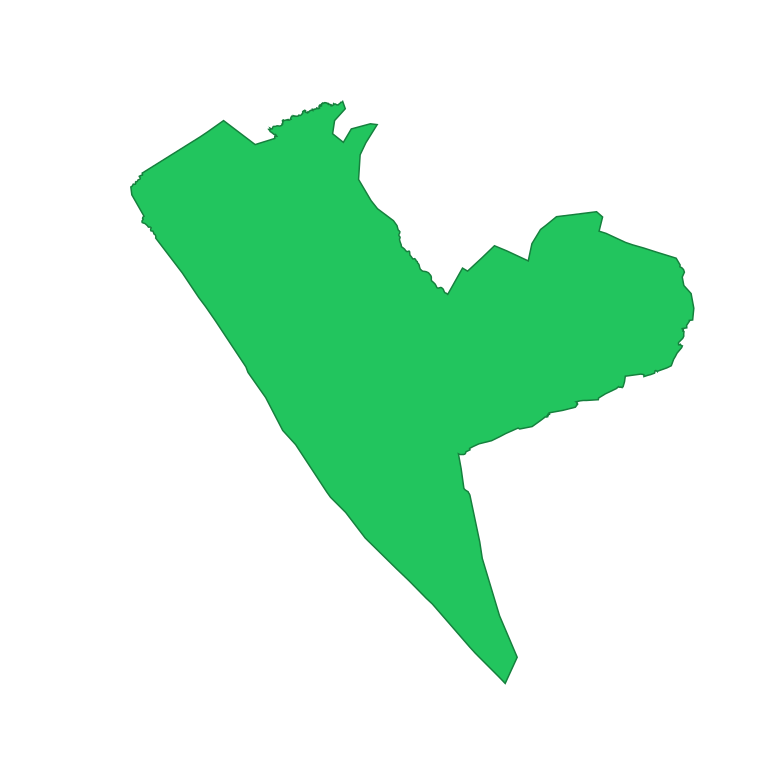 Quirino, Quirino, Philippines (Natural Earth projection), rotated 102°
{"feature_id": "2640588B94420346402626", "entity_name": "Quirino", "entity_type": "district", "adm_level": 2, "iso_a3": "PHL", "parent_name": "Philippines", "parent_adm1": "Quirino", "projection": "natural_earth1", "projection_center": [121.392, 16.285], "detail": "fine", "context": "isolated", "style": "filled", "palette": "green", "viewbox_px": 768, "rotation_deg": 102, "n_neighbors": 0, "source": "geoboundaries", "source_scale": "gbopen_adm2", "svg_char_len": 6118}
<svg xmlns="http://www.w3.org/2000/svg" viewBox="0 0 768 768"><g transform="rotate(102 384 384)"><path d="M651.7,203.2L623.6,196.9L586.7,222.8L534.2,251.6L518.6,257.5L474.8,276.9L473.5,277.9L472.7,278.8L471.9,279.3L470.8,282.4L469.6,284.1L450.9,290.9L436.8,296.7L437.0,296.0L437.1,294.6L436.4,291.4L435.7,290.3L434.5,289.8L433.6,289.8L433.2,289.6L430.5,286.2L429.2,286.9L426.7,283.9L422.8,278.7L417.1,267.0L410.8,259.0L407.2,254.7L399.2,243.7L399.8,241.9L394.8,230.2L386.3,222.5L382.7,219.5L382.5,218.1L382.0,217.2L381.1,217.8L380.9,217.4L380.9,217.2L380.6,217.3L380.3,217.0L380.1,217.0L380.1,217.4L379.7,217.3L379.9,216.8L379.7,216.8L379.4,216.4L379.2,216.5L379.2,215.8L378.3,215.9L377.8,216.3L372.7,203.8L366.9,192.0L363.4,190.4L363.1,190.8L363.1,191.1L362.7,191.0L362.6,191.3L362.0,191.3L361.7,191.6L361.5,192.3L359.7,188.7L358.7,185.8L357.9,182.2L354.8,171.1L353.1,171.2L347.6,165.4L340.1,155.7L337.8,154.0L338.2,153.4L338.1,152.4L337.7,151.8L337.9,151.4L337.8,150.8L338.0,150.4L337.5,150.2L337.0,149.6L331.9,149.2L326.2,149.6L320.9,134.8L320.8,131.8L322.7,131.3L320.5,127.5L319.4,125.2L317.1,121.6L314.7,121.6L314.3,121.0L314.3,120.8L314.6,120.7L314.8,119.4L315.1,119.1L314.5,118.9L309.4,110.6L306.4,106.8L299.5,105.8L296.7,104.8L293.0,103.8L286.5,100.4L284.7,100.1L284.7,100.8L284.6,101.3L284.2,101.8L283.9,101.9L283.5,102.5L284.3,103.1L284.5,103.6L284.4,104.0L282.9,104.5L282.2,104.5L277.3,101.3L274.9,100.7L272.9,101.2L270.3,101.5L270.2,101.7L270.2,102.6L269.5,102.7L269.4,102.4L269.2,102.4L269.1,102.7L268.6,102.5L268.3,102.9L268.2,103.7L267.8,103.9L266.1,99.5L263.7,100.2L259.1,98.3L258.3,98.6L257.2,95.4L245.5,96.7L231.7,102.4L225.3,111.2L217.4,114.5L212.2,113.4L209.8,114.8L208.4,116.8L207.8,119.0L206.0,119.1L200.2,124.4L198.3,145.4L197.0,158.2L196.2,169.7L195.3,177.2L190.5,198.1L189.8,205.4L175.2,204.9L171.3,211.9L184.5,250.1L194.9,258.4L200.3,263.0L216.0,268.5L233.6,268.5L228.3,291.4L225.8,304.7L240.3,314.5L256.2,325.7L254.3,331.3L283.1,340.3L282.3,341.7L282.2,343.0L281.8,343.7L280.9,344.5L279.0,345.7L277.8,347.7L277.8,348.7L279.0,351.0L278.9,351.9L278.6,352.4L277.1,353.5L275.6,354.8L274.3,356.8L273.2,358.8L272.5,359.3L269.7,359.9L268.9,360.3L268.2,360.8L266.1,363.4L265.8,364.1L265.4,366.2L265.4,367.5L265.6,369.4L265.3,370.4L264.1,372.4L263.7,372.7L262.1,373.6L260.3,374.4L259.3,375.2L258.7,376.2L257.3,377.0L256.9,378.1L256.1,378.6L255.1,379.8L255.0,380.0L255.1,380.4L255.5,381.0L255.6,381.9L253.6,384.0L252.9,385.0L252.4,385.4L251.2,385.9L249.4,386.4L248.9,386.9L248.8,387.1L249.7,388.9L249.7,389.3L249.0,390.6L247.8,391.9L246.9,393.6L246.1,395.4L245.3,395.8L244.5,396.0L241.3,398.0L239.8,398.7L238.9,399.0L237.9,398.7L237.1,398.8L236.7,399.1L235.7,400.3L235.3,400.5L234.5,400.5L233.4,400.1L231.8,400.1L231.1,400.9L230.3,402.2L226.4,404.2L222.3,408.7L213.9,426.8L207.3,434.8L189.2,451.4L164.8,455.0L151.8,451.9L131.7,444.6L132.3,451.4L141.3,469.0L156.1,474.0L149.9,486.3L136.6,487.1L122.8,479.1L116.3,483.1L116.8,483.3L117.5,484.9L118.1,485.0L119.6,486.3L120.5,486.8L120.7,487.2L120.6,487.8L120.8,488.3L120.2,489.6L120.5,490.6L120.2,491.6L120.4,491.6L120.9,491.0L121.5,491.3L122.2,492.5L122.0,493.0L122.3,493.3L122.8,493.0L122.9,493.8L121.8,494.2L121.9,495.0L121.6,495.9L122.0,495.9L122.1,496.5L121.2,496.8L121.3,497.1L121.5,497.3L121.4,497.9L121.0,498.2L121.0,498.7L121.2,499.0L121.0,499.6L121.1,500.5L121.5,501.1L121.8,501.2L121.8,502.4L122.1,502.6L122.4,502.4L122.5,502.9L122.9,503.3L123.5,503.4L123.8,503.1L124.7,503.0L124.6,503.3L124.3,503.5L124.1,504.0L124.5,504.9L125.4,505.2L125.4,504.3L125.6,504.0L126.4,505.1L127.1,505.0L127.5,504.4L128.0,504.8L128.1,505.3L128.5,505.9L128.1,506.4L127.9,507.2L128.6,507.4L129.1,507.8L129.3,508.3L129.6,508.5L129.6,509.2L130.0,509.3L130.2,509.6L130.1,511.3L130.3,511.3L131.3,510.6L131.3,511.4L131.4,512.3L132.4,513.5L133.4,514.2L133.8,514.2L133.7,514.9L134.3,514.7L134.5,515.1L134.8,515.3L134.6,515.9L134.6,516.9L134.4,517.6L133.9,517.8L133.3,517.3L133.1,517.4L132.7,518.4L133.6,519.5L133.8,519.7L134.2,519.6L134.5,520.1L134.9,519.9L135.8,520.0L136.3,519.8L136.8,520.4L137.3,520.4L138.7,521.5L138.8,522.5L138.6,523.1L140.0,523.9L140.1,524.7L140.3,524.9L140.3,525.3L140.4,525.5L140.3,526.1L140.6,526.4L140.5,526.8L140.7,527.1L140.4,527.5L140.6,527.9L140.4,528.6L140.8,528.6L141.2,529.8L141.5,529.7L141.6,530.1L143.3,530.5L143.8,530.4L144.3,530.0L144.5,530.7L144.9,530.7L145.7,531.5L145.8,531.9L145.2,532.6L145.4,533.0L145.8,533.1L145.6,533.6L146.0,533.9L146.0,534.5L146.3,534.7L146.4,535.2L146.7,535.5L146.8,536.1L147.0,536.3L146.9,537.0L146.6,537.3L146.6,537.5L147.0,537.5L147.6,538.1L148.5,537.6L148.5,537.2L149.8,537.5L150.7,537.1L151.1,537.3L151.2,537.8L151.5,537.6L152.3,537.8L153.4,539.5L153.6,541.8L153.9,542.7L154.4,543.4L154.8,544.3L154.8,544.9L155.1,545.8L156.3,546.3L157.1,546.2L157.8,546.5L157.9,547.1L157.5,548.5L158.2,547.9L158.8,548.1L159.0,548.3L158.8,549.5L158.9,549.8L159.1,549.6L159.5,548.7L160.4,548.1L160.9,547.5L161.2,546.2L161.7,545.6L162.0,544.6L162.4,544.2L162.7,543.4L162.8,542.7L162.4,542.0L164.0,540.3L164.1,540.7L164.2,542.2L164.8,542.3L165.1,542.1L165.8,542.2L166.5,541.9L176.6,559.8L159.7,595.7L173.9,608.8L180.4,615.1L228.0,664.4L228.6,664.0L229.2,664.0L229.5,663.7L229.9,663.7L230.4,664.9L230.8,665.5L231.3,665.8L231.5,666.5L231.8,666.6L232.2,666.3L232.8,665.6L233.3,665.2L233.9,665.1L234.4,665.4L235.6,667.1L237.2,667.4L237.6,668.1L237.6,668.7L238.0,669.0L239.4,668.9L239.7,668.5L240.2,668.7L240.5,669.5L240.7,670.4L240.6,670.8L242.9,671.5L243.9,672.6L251.4,670.0L269.8,653.6L270.4,654.2L271.5,654.6L272.4,654.5L272.7,653.9L273.2,653.8L273.8,654.2L274.8,654.6L275.8,654.4L276.4,654.0L276.8,651.0L278.3,648.4L279.5,647.1L279.5,646.5L279.1,645.6L279.1,644.9L279.6,644.2L280.1,644.2L280.8,644.5L281.9,644.3L282.7,643.7L282.5,641.9L283.8,640.9L285.1,640.2L285.3,639.3L286.0,638.5L287.5,637.7L288.7,637.7L317.3,604.4L337.9,583.2L345.5,574.5L357.3,562.0L396.0,522.6L401.0,519.4L421.9,496.9L450.5,473.4L461.7,457.8L501.5,417.6L506.0,412.7L517.6,394.8L538.6,370.3L562.3,333.1L571.2,318.7L584.9,298.0L589.1,291.0L623.7,245.2L628.5,238.5L647.2,209.8L651.7,203.2Z" fill="#22c55e" stroke="#15803d" stroke-width="1.5"/></g></svg>